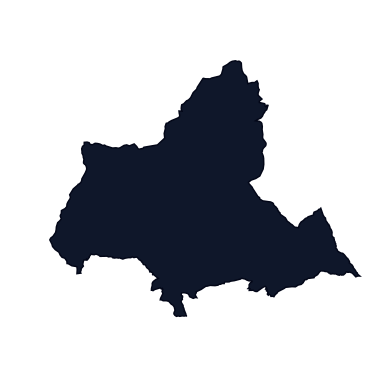 Bicazu Ardelean, Harghita, Romania, rotated 349°
{"feature_id": "2599482B37807785334683", "entity_name": "Bicazu Ardelean", "entity_type": "district", "adm_level": 2, "iso_a3": "ROU", "parent_name": "Romania", "parent_adm1": "Harghita", "projection": "mercator", "projection_center": [25.893, 46.894], "detail": "fine", "context": "isolated", "style": "filled", "palette": "ink", "viewbox_px": 384, "rotation_deg": 349, "n_neighbors": 0, "source": "geoboundaries", "source_scale": "gbopen_adm2", "svg_char_len": 6053}
<svg xmlns="http://www.w3.org/2000/svg" viewBox="0 0 384 384"><g transform="rotate(349 192 192)"><path d="M340.7,306.5L339.3,304.8L338.8,303.8L338.8,303.0L338.0,302.1L337.4,300.0L336.0,297.3L335.9,296.3L335.6,296.3L335.7,295.5L335.1,294.1L332.9,291.7L333.3,291.0L333.2,289.9L332.1,286.9L331.4,286.3L329.6,282.8L328.3,281.0L326.5,280.3L323.8,278.0L323.3,275.7L322.4,274.7L323.2,272.5L322.9,271.0L323.2,270.3L322.8,269.2L322.8,267.9L322.4,266.8L322.6,265.4L322.3,264.7L322.6,264.1L321.4,262.7L321.0,261.3L321.8,258.2L321.6,256.3L321.2,254.9L320.7,254.6L320.6,252.3L320.0,249.8L319.3,249.2L319.0,248.0L317.9,245.6L318.0,243.0L317.1,241.9L316.3,239.7L315.3,232.5L314.3,233.2L312.9,233.3L312.0,234.3L308.0,235.1L307.2,236.4L307.1,237.4L306.6,237.8L301.3,238.5L299.8,239.4L298.3,239.6L295.7,241.3L293.3,242.3L291.3,244.3L289.7,247.3L286.0,246.1L284.0,243.2L282.7,242.1L281.3,240.2L280.0,239.0L278.7,235.2L274.7,231.1L274.3,230.3L274.4,229.3L273.2,227.7L273.3,227.3L272.6,226.3L272.7,225.1L271.4,222.5L270.8,222.0L269.7,220.3L269.7,219.2L269.2,218.2L267.3,216.8L259.7,214.2L257.2,211.8L257.2,210.3L255.8,209.0L252.2,200.0L252.0,198.9L249.4,194.5L249.2,193.3L252.4,191.6L257.1,190.9L261.6,189.2L266.2,183.0L267.7,178.6L268.7,172.7L268.8,170.5L268.1,166.3L268.9,165.3L269.2,164.0L270.4,162.6L273.2,160.6L273.9,158.9L273.8,157.6L271.6,152.9L271.8,151.4L272.5,149.0L272.7,144.1L273.5,141.1L273.6,137.9L273.0,136.7L271.5,135.4L268.0,134.2L270.2,133.3L273.7,132.5L275.6,131.0L277.1,128.7L278.2,127.9L279.4,126.3L281.0,125.5L283.1,121.5L282.1,121.1L281.3,122.0L280.5,122.2L280.2,121.6L280.4,119.8L280.0,119.1L275.2,117.0L275.4,115.7L278.4,114.1L275.5,109.9L275.4,109.1L275.8,107.3L277.5,104.4L277.0,103.2L277.0,100.7L277.6,98.0L277.1,95.6L277.0,95.3L274.4,96.5L271.8,96.0L267.4,96.3L267.5,89.5L266.9,88.1L265.1,85.7L264.3,82.4L264.4,79.3L265.0,74.8L263.9,73.1L263.0,72.5L261.7,72.6L259.6,71.5L256.4,71.4L254.1,72.0L251.0,73.6L246.7,75.0L246.4,75.2L245.9,77.2L243.4,82.1L241.3,83.5L233.0,83.9L231.3,84.4L226.7,83.4L225.0,82.6L224.4,82.7L217.2,90.2L216.2,92.0L212.2,94.6L208.7,99.2L206.1,101.0L204.0,101.5L200.7,103.9L198.6,104.4L198.1,105.5L197.4,107.8L197.3,109.4L197.6,110.8L194.7,110.0L194.5,112.6L194.6,114.3L194.0,115.9L192.0,116.7L185.5,118.0L182.6,119.0L182.0,119.6L179.8,119.7L178.1,122.7L178.0,124.6L175.9,129.2L175.5,133.9L167.1,139.2L153.3,138.9L152.3,139.8L148.3,139.9L147.3,139.3L146.4,136.8L144.4,133.8L139.3,134.8L136.9,133.3L134.2,133.3L129.8,134.9L128.1,135.0L125.8,134.1L122.4,133.7L116.2,130.4L115.2,129.3L113.2,129.3L110.8,127.4L108.8,126.5L106.6,125.8L105.7,125.8L103.6,126.6L101.9,126.2L100.8,125.4L100.4,123.9L99.7,123.6L98.5,123.0L95.7,122.7L95.1,125.5L93.3,126.3L92.0,128.5L91.7,132.0L91.4,132.7L92.1,135.5L91.9,137.4L92.2,139.2L91.3,141.8L91.1,142.9L91.8,144.2L92.6,144.9L93.1,146.7L93.2,148.5L92.7,150.2L90.7,153.1L86.5,158.0L85.9,159.7L84.8,161.4L82.7,162.6L81.8,162.7L81.0,163.5L76.1,166.3L71.4,171.4L71.7,173.9L71.0,175.3L68.2,178.3L67.0,180.0L66.3,182.5L64.2,184.1L60.3,185.3L59.6,188.2L58.3,189.8L58.1,190.6L58.6,193.4L56.9,194.9L54.3,196.5L52.2,200.4L51.5,203.0L50.4,205.7L47.2,208.9L44.5,210.3L43.3,211.9L44.6,216.6L44.7,218.6L45.0,219.4L46.8,222.5L49.9,225.7L50.6,228.7L52.0,231.3L54.5,232.7L56.0,236.0L55.7,238.4L56.8,238.7L60.0,241.5L63.8,242.9L64.8,243.7L64.5,246.4L63.5,250.2L67.4,250.4L67.1,249.2L68.0,248.0L68.7,246.0L71.2,244.0L70.9,242.3L72.1,239.3L73.2,238.0L75.0,238.6L75.4,238.0L75.6,238.7L76.3,238.7L78.6,236.6L78.9,235.8L81.1,233.6L81.4,234.0L84.1,234.9L85.9,234.6L88.4,236.2L89.5,237.6L96.5,238.8L97.5,239.7L99.9,239.9L102.1,241.1L101.9,241.5L103.2,242.0L105.9,242.2L106.9,242.8L108.0,242.7L111.3,244.6L113.8,244.2L117.2,244.3L119.4,244.8L121.0,244.1L121.8,245.0L122.8,245.3L124.7,245.2L125.8,245.7L127.4,248.6L128.0,248.9L129.4,250.3L129.1,250.7L130.2,252.4L130.3,253.5L131.0,254.2L132.3,254.5L133.1,257.5L135.1,259.9L135.4,262.3L136.0,262.1L136.4,262.8L137.0,263.0L137.8,263.9L138.2,264.6L137.6,265.3L137.7,265.7L138.4,265.6L142.4,270.4L140.1,270.9L137.2,272.3L136.2,273.1L135.5,274.2L135.2,276.1L133.9,278.8L133.4,280.7L134.1,280.8L134.9,281.4L136.8,280.6L142.8,280.0L143.2,281.2L143.6,281.4L144.6,281.0L144.8,282.1L143.6,283.9L144.1,286.1L140.8,290.5L140.3,291.8L141.2,291.9L142.9,293.2L146.3,293.9L147.2,294.4L147.7,294.3L148.5,295.1L150.3,298.2L151.5,299.2L152.6,301.2L152.8,304.8L151.3,307.1L151.0,308.2L151.7,309.8L153.0,311.1L154.9,311.0L156.3,311.7L158.8,311.7L160.7,312.3L161.6,312.2L162.8,312.6L162.9,312.1L162.6,311.4L162.6,309.9L161.8,308.2L162.2,308.3L161.8,306.1L161.8,304.5L161.3,303.1L161.6,302.1L161.3,300.7L160.7,299.4L160.3,297.6L161.3,295.9L162.0,295.7L162.0,294.9L162.8,293.1L162.8,292.2L161.7,291.8L162.1,289.7L162.6,289.2L163.9,289.1L166.1,289.7L168.5,290.9L169.4,292.5L169.7,294.3L172.9,296.6L175.4,296.2L176.5,296.6L175.7,294.5L175.7,293.6L175.9,292.8L177.0,291.7L177.0,290.7L182.3,289.4L187.7,287.1L188.8,287.3L192.0,287.1L196.7,288.3L199.8,288.4L200.8,287.8L202.7,288.0L203.9,287.5L206.1,288.0L206.7,286.9L207.2,286.6L211.3,287.3L212.9,286.9L216.6,287.1L223.1,286.7L224.0,286.2L224.6,286.3L227.6,287.6L229.0,288.9L231.0,290.1L233.1,290.5L233.9,291.0L233.8,291.5L232.0,292.3L230.4,293.9L229.9,296.6L228.6,297.5L230.4,298.2L229.5,299.5L233.2,300.1L235.1,301.6L236.8,302.1L243.5,299.1L245.8,298.5L246.8,300.0L245.8,301.4L247.1,301.7L246.8,302.9L246.3,303.2L247.2,304.2L247.5,305.3L246.9,305.7L246.5,306.8L247.2,307.8L248.0,307.0L248.8,307.7L249.3,308.2L249.6,309.5L251.8,309.9L252.4,310.4L254.2,308.5L256.0,307.6L257.3,306.2L263.9,304.3L265.8,303.4L272.1,304.0L275.5,304.8L278.5,303.6L281.6,303.5L284.0,302.1L284.2,301.5L285.3,300.6L285.8,299.7L287.9,299.8L289.2,299.0L289.9,299.0L295.4,299.4L296.1,298.3L299.5,297.1L302.0,294.7L303.5,294.0L306.8,294.9L307.5,295.5L308.3,295.5L310.0,296.3L310.7,297.5L311.6,297.7L312.1,298.8L313.9,299.1L314.3,298.8L316.0,299.6L317.1,299.6L319.4,301.2L320.8,301.8L321.7,301.2L322.7,302.0L324.9,302.3L327.2,300.9L328.2,299.8L329.7,300.6L331.6,300.7L333.9,302.2L336.6,306.5L338.7,306.1L340.7,306.5Z" fill="#0f172a" stroke="#020617" stroke-width="1.5"/></g></svg>